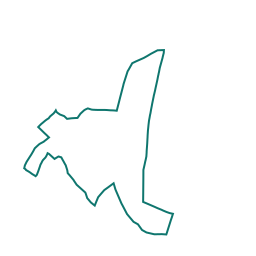 Jayawijaya, Papua, Indonesia (Albers equal-area conic projection), rotated 296°
{"feature_id": "22746128B40741333574981", "entity_name": "Jayawijaya", "entity_type": "district", "adm_level": 2, "iso_a3": "IDN", "parent_name": "Indonesia", "parent_adm1": "Papua", "projection": "albers", "projection_center": [138.85, -4.123], "detail": "fine", "context": "isolated", "style": "outline", "palette": "teal", "viewbox_px": 256, "rotation_deg": 296, "n_neighbors": 0, "source": "geoboundaries", "source_scale": "gbopen_adm2", "svg_char_len": 2571}
<svg xmlns="http://www.w3.org/2000/svg" viewBox="0 0 256 256"><g transform="rotate(296 128 128)"><path d="M128.0,83.3L126.2,81.8L124.9,80.9L123.4,80.3L120.3,79.1L120.2,79.0L114.9,78.2L113.7,76.0L112.0,73.0L109.5,69.2L110.7,65.5L110.6,64.4L110.6,64.2L110.4,62.1L110.3,61.0L110.3,60.9L110.4,60.3L110.7,58.3L110.8,57.9L111.1,56.7L112.2,55.4L111.2,55.3L108.6,54.8L106.8,54.0L104.3,52.9L101.8,52.4L100.8,51.7L98.6,50.5L95.9,49.3L95.4,49.1L93.7,48.3L91.1,47.4L89.5,46.9L86.7,55.4L85.9,58.1L85.6,58.9L84.9,61.1L82.0,59.8L81.8,59.7L80.0,58.8L79.4,58.5L78.8,58.3L75.5,55.9L75.1,55.7L74.5,55.3L73.0,54.7L71.5,54.1L69.4,53.3L69.2,53.2L68.7,53.1L65.7,53.0L61.7,52.7L59.3,52.4L54.1,51.8L53.2,51.7L49.2,51.7L46.3,52.4L46.3,52.6L45.9,54.3L45.5,54.8L45.4,56.6L45.2,58.9L44.7,61.6L44.6,62.2L44.4,64.6L44.2,66.1L45.9,66.6L49.6,66.3L53.7,65.8L53.9,65.8L56.7,65.4L56.8,65.4L58.3,65.5L60.4,65.5L61.7,65.6L62.7,65.9L65.2,66.7L65.9,66.8L67.6,66.9L67.8,66.9L69.4,66.9L70.1,66.8L70.1,68.1L70.1,68.3L69.6,70.0L68.0,75.5L69.9,76.7L71.0,77.4L71.9,78.0L72.0,78.3L72.3,80.6L72.4,80.9L72.2,81.2L71.8,81.7L70.6,83.4L69.8,84.6L68.0,87.1L67.1,88.5L66.7,88.8L63.8,91.6L63.3,92.0L63.2,92.1L61.0,93.6L60.0,96.1L57.4,101.9L57.0,102.4L55.9,104.3L54.5,106.7L51.3,117.9L50.6,118.7L47.1,122.1L44.8,127.3L43.7,132.1L47.8,131.8L52.7,131.5L57.0,132.6L61.8,133.9L65.3,135.8L72.0,139.3L67.2,143.7L57.3,155.2L55.8,157.3L50.2,164.9L46.1,174.1L45.8,179.2L44.7,181.2L42.5,185.3L42.2,190.4L44.0,198.2L44.5,199.2L46.4,202.9L47.5,205.1L49.1,209.1L51.4,208.8L54.7,208.3L64.1,206.9L67.4,206.5L70.6,206.0L69.8,202.8L69.4,199.4L69.2,195.6L69.2,194.1L68.9,189.7L68.8,186.3L68.5,179.7L68.2,174.0L68.4,173.9L74.3,171.1L89.2,164.0L97.1,160.2L101.8,159.1L105.8,158.1L106.4,158.0L110.4,157.0L114.1,155.5L115.4,154.9L122.4,152.1L127.1,150.1L128.1,149.7L129.9,148.9L134.8,146.9L136.2,146.4L138.9,145.4L139.7,145.1L143.7,143.7L144.4,143.5L147.3,142.7L149.3,142.1L150.7,141.8L151.8,141.5L154.9,140.6L157.9,139.8L160.4,139.1L167.4,137.3L168.8,136.9L169.0,136.9L173.9,135.8L175.0,135.5L184.1,133.3L188.2,132.2L189.6,131.9L190.2,131.7L190.6,131.6L191.6,131.4L196.0,130.2L205.1,128.5L205.7,128.4L206.6,128.2L206.9,128.1L211.2,127.2L213.8,126.1L210.8,120.5L206.0,117.0L204.8,116.1L201.1,113.7L197.8,111.4L194.6,108.7L191.4,106.0L188.1,103.4L180.9,103.0L178.7,102.8L178.1,102.9L165.8,104.7L164.1,105.1L156.7,106.6L152.2,107.5L147.0,108.6L138.6,110.3L137.8,108.1L137.0,106.2L136.3,104.7L135.0,101.4L134.1,99.3L133.3,97.7L131.3,93.6L131.1,93.2L129.3,89.1L128.6,87.3L128.5,86.6L128.0,83.3Z" fill="none" stroke="#0f766e" stroke-width="2"/></g></svg>